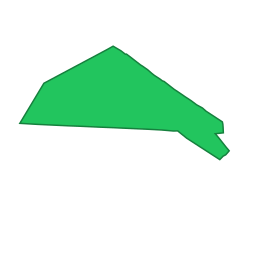 the district of Ouadane, Adrar, Mauritania, rotated 218°
{"feature_id": "47542326B44927668035814", "entity_name": "Ouadane", "entity_type": "district", "adm_level": 2, "iso_a3": "MRT", "parent_name": "Mauritania", "parent_adm1": "Adrar", "projection": "orthographic", "projection_center": [-9.881, 22.386], "detail": "fine", "context": "isolated", "style": "filled", "palette": "green", "viewbox_px": 256, "rotation_deg": 218, "n_neighbors": 0, "source": "geoboundaries", "source_scale": "gbopen_adm2", "svg_char_len": 769}
<svg xmlns="http://www.w3.org/2000/svg" viewBox="0 0 256 256"><g transform="rotate(218 128 128)"><path d="M34.2,172.3L39.3,173.4L50.0,176.0L55.7,177.2L49.9,182.9L53.5,187.1L55.6,189.4L57.4,190.9L76.8,189.3L81.6,189.6L88.4,188.5L88.6,188.5L94.8,188.4L98.8,188.1L102.0,187.8L110.3,187.3L115.4,186.9L118.6,186.9L121.0,186.9L128.3,186.9L129.9,186.3L132.6,186.3L139.5,185.7L142.8,185.7L148.1,186.0L154.3,185.7L157.2,185.4L163.4,185.4L166.9,185.4L174.7,185.3L175.5,184.5L181.1,184.5L190.1,183.3L192.7,177.1L221.8,111.5L216.1,65.1L201.9,74.9L175.8,93.4L168.5,98.7L151.2,111.0L138.7,120.0L134.0,123.3L111.8,139.1L100.5,147.0L90.2,153.7L87.1,156.3L75.4,156.1L36.2,159.6L35.7,164.4L34.5,167.0L34.3,170.1L34.2,172.3Z" fill="#22c55e" stroke="#15803d" stroke-width="1.5"/></g></svg>